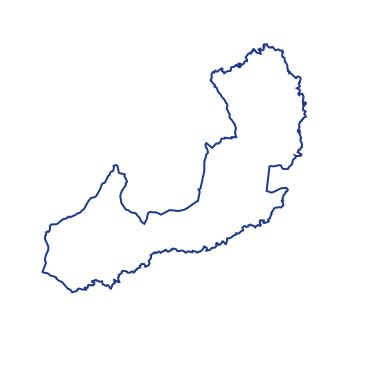 Dourados, Mato Grosso do Sul, Brazil, rotated 316°
{"feature_id": "56859067B88197620775850", "entity_name": "Dourados", "entity_type": "district", "adm_level": 2, "iso_a3": "BRA", "parent_name": "Brazil", "parent_adm1": "Mato Grosso do Sul", "projection": "albers", "projection_center": [-54.825, -22.161], "detail": "fine", "context": "isolated", "style": "outline", "palette": "blue", "viewbox_px": 384, "rotation_deg": 316, "n_neighbors": 0, "source": "geoboundaries", "source_scale": "gbopen_adm2", "svg_char_len": 6066}
<svg xmlns="http://www.w3.org/2000/svg" viewBox="0 0 384 384"><g transform="rotate(316 192 192)"><path d="M262.4,257.0L262.8,256.0L262.4,254.2L261.8,253.7L258.4,251.1L250.1,248.4L248.6,247.4L246.4,243.1L265.4,227.5L266.3,227.6L268.2,230.0L273.8,233.6L274.3,234.9L273.5,237.4L273.6,238.5L274.1,239.5L276.0,240.8L276.4,241.7L277.4,242.1L278.8,241.4L284.0,241.4L284.4,240.6L287.3,238.9L290.4,239.3L291.1,238.8L291.5,237.5L291.8,238.4L295.0,241.2L296.5,241.5L296.7,240.3L295.9,238.2L296.3,237.5L295.8,236.7L298.2,235.8L299.4,236.7L301.2,235.6L302.2,236.1L304.6,233.7L306.0,229.9L306.9,229.1L308.0,229.1L309.6,225.4L311.7,223.2L310.1,223.2L310.2,221.8L314.3,220.0L316.0,217.7L317.9,217.2L318.3,216.5L320.6,217.0L321.0,216.4L322.8,216.7L323.5,216.0L326.2,217.0L326.9,215.2L326.8,214.0L329.8,212.7L328.8,210.5L330.1,208.8L331.7,207.9L335.3,207.6L335.8,207.0L335.6,205.9L333.0,205.9L335.1,203.4L336.4,202.9L336.7,202.0L338.3,201.3L338.9,200.1L339.5,197.8L337.5,196.7L336.3,196.9L336.3,195.9L337.0,195.0L339.2,194.8L340.5,193.2L339.6,190.3L341.3,191.0L343.1,190.8L343.9,188.5L344.7,187.8L345.8,188.2L346.3,187.3L348.5,186.4L349.2,185.3L349.4,184.3L348.5,182.5L346.8,181.9L346.2,182.5L345.7,181.8L345.5,174.8L344.3,174.2L344.6,173.4L345.7,173.3L345.6,172.4L345.0,171.5L346.1,170.6L346.4,169.5L348.3,167.4L349.3,164.7L349.4,162.9L351.6,159.8L351.5,158.6L350.9,158.0L351.2,157.1L352.7,155.4L354.7,154.8L355.0,153.7L354.3,154.0L354.2,151.7L353.4,151.0L353.4,149.8L352.4,148.9L350.6,148.3L350.4,146.3L350.9,144.3L350.5,143.3L349.7,143.5L348.7,142.1L348.0,141.8L347.7,139.1L348.5,137.7L346.2,135.8L345.4,136.1L345.5,137.4L344.6,138.0L344.1,137.4L342.6,139.3L341.5,139.2L340.4,138.5L340.7,136.3L339.3,135.7L338.6,136.0L339.1,137.2L337.4,140.2L335.3,136.5L335.9,132.6L335.3,131.9L333.7,132.2L333.8,132.9L333.1,133.1L331.1,132.4L330.5,133.3L329.5,132.0L328.7,131.7L324.3,132.3L323.4,135.2L322.5,136.0L321.9,135.1L320.3,134.8L318.7,135.6L315.4,135.1L316.0,133.4L314.7,132.1L313.3,135.5L312.5,135.0L312.7,134.0L311.9,132.6L312.6,132.1L312.1,131.3L308.8,131.0L307.1,129.6L305.6,130.1L305.0,131.2L303.7,131.6L301.0,129.5L297.6,129.0L298.4,127.5L297.6,126.8L297.5,125.9L299.4,124.6L299.2,123.6L294.1,123.0L293.5,122.7L292.8,120.8L290.9,121.5L290.6,120.3L289.7,120.3L287.8,120.9L285.7,123.5L283.0,124.5L282.7,125.4L283.1,126.6L282.4,128.6L282.9,130.6L282.5,131.4L281.5,131.7L281.4,132.5L282.2,134.0L280.4,138.0L280.3,141.8L279.5,144.6L279.5,147.8L278.3,151.9L278.4,153.0L277.4,154.5L275.0,156.0L272.9,162.5L270.8,164.4L270.5,168.8L269.6,173.2L268.0,176.5L263.9,179.5L261.9,183.3L258.8,180.1L257.7,181.0L253.3,175.8L252.7,176.3L250.2,174.1L246.9,176.0L245.4,175.2L244.6,175.6L243.0,173.9L237.2,174.3L236.3,166.8L234.9,167.2L233.4,168.7L232.5,172.4L230.5,175.0L228.6,174.9L227.2,175.5L225.2,177.1L222.2,178.5L215.3,185.5L200.3,195.5L198.5,194.7L197.7,197.2L190.0,202.6L189.0,202.1L177.2,200.3L173.8,199.2L169.1,196.3L163.4,189.5L153.9,186.7L152.4,182.3L147.7,177.0L145.6,176.7L140.8,180.0L135.6,181.7L134.9,178.3L135.6,175.8L136.3,174.8L136.4,170.1L136.8,168.9L136.4,167.5L134.1,164.6L133.6,161.1L132.2,158.7L133.6,150.8L137.6,145.1L138.6,144.3L142.6,142.4L149.1,141.1L150.3,139.7L152.2,139.7L152.8,138.7L154.5,133.6L155.9,132.7L152.7,127.5L156.4,121.7L156.4,120.4L155.6,119.5L153.7,118.8L153.4,119.5L150.4,121.9L149.5,122.1L147.5,121.1L146.8,121.3L144.4,122.5L142.8,122.2L135.8,124.8L134.2,123.9L132.4,123.9L128.3,126.0L120.9,128.2L119.1,128.4L115.1,126.1L110.6,126.7L102.1,129.4L100.6,128.8L98.6,129.2L95.8,128.7L95.2,127.9L92.1,127.5L86.7,125.5L86.5,124.2L85.5,123.8L83.8,124.0L79.9,121.8L79.0,122.1L77.3,121.6L73.3,121.4L71.9,120.9L68.3,117.6L66.4,117.8L65.5,118.3L64.4,119.9L61.7,121.1L60.7,120.8L60.5,119.9L59.2,119.7L56.9,121.7L56.3,121.4L53.6,123.5L51.0,130.8L49.8,132.6L47.5,134.2L43.3,135.8L40.1,137.8L38.4,139.6L37.9,141.4L29.0,145.6L29.2,146.7L31.7,150.2L32.1,153.7L34.0,156.7L35.0,159.1L34.2,159.9L34.6,163.3L36.0,166.4L35.5,175.5L36.1,176.1L36.6,178.6L36.1,180.9L40.4,183.1L42.9,182.5L43.8,183.2L45.3,186.0L48.0,188.7L48.5,187.7L47.9,186.7L48.5,186.3L50.3,188.4L52.9,186.8L54.5,189.1L55.5,189.3L56.0,190.5L58.3,190.1L58.7,188.8L57.6,187.2L58.5,186.6L59.8,187.8L61.8,188.4L61.6,189.3L62.2,189.6L63.0,192.1L65.3,193.8L63.6,196.3L65.2,200.2L66.2,200.1L66.8,200.7L66.9,202.3L66.2,204.0L66.6,205.2L70.5,203.4L73.7,203.8L73.9,202.6L75.0,201.1L75.4,202.0L74.7,202.8L76.0,203.7L76.6,206.0L77.3,206.3L78.7,202.9L79.3,202.2L81.1,202.1L81.6,200.8L85.2,201.5L86.3,200.4L87.6,200.6L90.0,204.1L89.5,205.0L90.8,206.7L93.7,207.5L94.0,209.3L94.7,209.0L95.7,209.6L96.8,208.8L98.4,209.6L99.1,209.1L100.2,209.2L102.3,210.3L102.9,208.8L104.8,209.0L105.7,208.7L107.6,210.8L106.5,213.5L107.8,213.6L109.6,214.7L112.0,213.7L113.0,211.5L116.4,211.1L118.0,209.8L118.3,208.8L122.5,209.2L123.4,209.8L123.1,210.5L124.1,210.7L124.7,211.5L126.6,211.6L127.2,212.6L127.1,213.9L129.6,214.3L131.3,215.4L132.7,215.0L133.1,215.7L133.2,218.4L137.3,219.7L137.7,219.0L139.4,219.8L140.7,221.9L140.5,224.4L141.7,225.7L143.9,226.8L145.0,228.6L145.3,231.3L148.0,232.0L150.2,235.5L151.6,234.7L153.0,236.9L153.6,239.2L155.4,239.5L156.1,240.4L159.1,240.9L162.8,239.8L162.6,240.6L163.5,241.0L163.8,242.3L163.0,243.5L161.6,244.2L164.4,246.0L167.3,246.0L169.7,247.8L171.7,248.0L173.7,245.8L174.5,246.1L174.9,246.8L174.3,248.5L175.4,249.3L178.6,249.2L179.3,248.6L180.1,249.1L179.9,252.5L180.3,253.1L182.1,251.9L183.6,251.5L184.8,249.7L186.8,251.2L188.6,251.9L192.1,252.3L194.4,253.3L195.1,252.4L197.0,254.4L200.9,254.4L202.0,255.2L203.6,252.7L205.7,252.7L206.4,253.1L206.8,254.9L208.6,255.9L209.3,255.2L211.4,256.0L211.7,257.6L212.8,258.8L213.0,261.4L213.9,261.1L216.6,261.7L217.7,263.8L218.6,263.6L218.8,262.2L219.4,261.2L220.8,259.8L221.5,259.7L221.8,260.6L223.5,261.8L223.9,262.6L222.1,263.4L222.3,264.5L226.1,266.4L227.1,266.4L227.6,264.7L230.1,265.0L231.8,263.8L233.9,263.3L234.3,262.2L239.9,260.9L240.8,261.1L243.7,263.1L245.3,265.0L248.5,265.0L250.1,262.6L250.0,261.7L250.6,260.6L251.7,261.3L252.4,259.7L255.8,257.9L259.0,257.6L259.9,256.8L261.1,257.5L262.4,257.0Z" fill="none" stroke="#1e3a8a" stroke-width="2"/></g></svg>